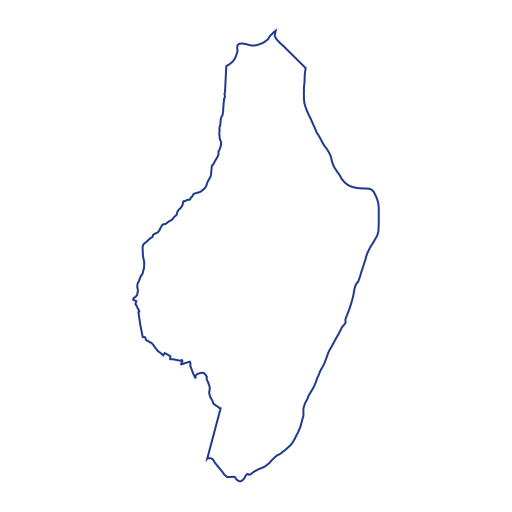 San Eduardo, Boyacá, Colombia (Equal Earth projection)
{"feature_id": "7082276B69252308572734", "entity_name": "San Eduardo", "entity_type": "district", "adm_level": 2, "iso_a3": "COL", "parent_name": "Colombia", "parent_adm1": "Boyacá", "projection": "equal_earth", "projection_center": [-73.043, 5.237], "detail": "fine", "context": "isolated", "style": "outline", "palette": "blue", "viewbox_px": 512, "rotation_deg": 0, "n_neighbors": 0, "source": "geoboundaries", "source_scale": "gbopen_adm2", "svg_char_len": 6052}
<svg xmlns="http://www.w3.org/2000/svg" viewBox="0 0 512 512"><path d="M345.5,322.8L345.5,319.0L349.4,309.0L351.4,302.8L352.8,297.8L353.7,293.4L354.4,289.1L355.3,286.1L355.9,284.6L356.4,283.8L357.4,282.3L358.2,281.8L358.3,281.3L360.2,276.1L361.2,272.4L363.6,265.2L364.3,262.8L365.6,259.1L365.7,258.1L366.3,256.1L367.3,253.2L369.7,248.3L371.0,245.9L373.1,242.7L376.6,236.7L377.6,234.4L378.2,232.1L378.4,231.2L378.5,230.0L378.8,221.2L378.7,215.9L378.8,214.4L378.7,210.9L378.8,209.5L378.7,207.0L378.3,203.8L377.8,201.4L376.7,198.1L375.7,195.7L373.8,192.0L372.6,190.6L371.2,189.5L370.3,189.1L368.3,188.6L359.7,188.3L355.8,187.8L352.0,186.8L349.8,186.0L347.5,184.7L344.9,182.6L343.0,180.5L342.4,179.8L341.2,178.1L340.1,175.9L339.5,175.0L337.2,171.8L334.6,167.8L333.6,166.0L332.6,163.4L331.7,160.4L331.3,158.2L331.0,157.0L330.4,155.4L329.9,154.3L328.7,152.0L327.4,149.9L325.5,147.1L324.6,146.3L322.7,143.0L320.0,137.9L318.0,134.4L317.3,133.6L316.6,132.3L315.5,129.6L315.0,128.6L314.6,127.5L313.3,124.8L312.9,123.6L312.4,122.7L311.4,120.3L309.9,117.1L309.0,115.5L307.1,111.2L306.7,110.2L305.6,107.2L304.9,104.9L304.5,103.7L304.2,101.4L304.0,99.5L303.9,95.0L303.8,94.2L304.0,90.9L303.9,88.7L303.9,87.2L304.3,84.4L304.5,81.4L304.6,80.1L304.7,76.7L304.8,74.2L305.5,68.9L305.7,68.1L285.2,47.8L284.1,46.5L283.3,46.0L279.3,42.3L278.8,41.7L277.1,39.9L275.8,38.0L274.7,35.8L275.7,30.7L275.1,31.2L273.6,32.3L271.8,34.2L270.1,35.7L268.0,39.2L265.4,41.3L263.4,42.7L260.7,43.8L256.8,45.1L252.9,45.7L249.1,45.0L245.8,44.0L242.0,43.5L239.3,43.7L237.5,45.3L237.2,47.6L237.5,51.4L235.8,56.6L234.2,59.6L232.5,61.8L229.1,64.5L226.3,66.1L225.0,92.1L224.6,93.4L224.5,94.2L224.9,95.7L224.9,96.8L224.7,98.0L224.1,98.5L224.0,100.8L223.6,103.1L223.6,104.3L223.2,108.5L223.2,110.2L223.1,112.1L222.8,113.1L222.7,114.3L222.4,115.4L221.7,116.4L220.7,119.2L220.6,121.1L220.5,122.8L220.1,125.9L219.5,127.1L219.4,128.4L219.6,129.5L219.5,131.3L219.3,133.2L219.3,134.9L219.6,135.6L219.6,137.4L219.9,139.0L220.2,140.1L221.2,142.2L221.0,143.5L220.9,145.3L220.2,147.8L219.5,149.8L219.0,150.6L218.5,151.2L218.4,152.3L218.6,154.1L217.9,155.9L216.9,158.0L216.1,159.2L214.4,162.1L213.3,164.4L212.0,165.5L211.7,166.5L211.6,168.5L211.3,171.2L211.1,174.2L210.6,176.5L207.7,181.6L206.3,185.8L205.1,187.9L201.4,191.1L199.8,192.1L196.0,193.1L194.2,193.7L193.2,194.5L192.6,195.6L192.4,196.4L190.7,197.7L190.4,198.9L189.7,199.7L189.2,199.8L187.3,199.8L185.7,200.8L184.2,201.3L183.7,201.2L183.3,201.5L183.1,202.4L182.9,203.6L182.5,204.9L181.9,206.2L181.1,207.4L180.1,208.6L179.0,209.5L178.2,210.5L177.5,211.6L176.9,213.3L176.8,214.3L176.4,215.1L175.8,215.7L174.8,216.4L173.6,217.6L172.2,219.5L171.3,220.2L169.6,221.0L168.4,221.8L165.8,223.8L164.6,224.2L163.6,224.2L162.7,224.6L162.0,225.3L161.1,226.9L159.4,230.3L158.6,231.5L157.6,232.5L154.6,233.8L153.8,234.3L153.1,234.9L152.4,237.1L152.0,237.4L151.0,237.8L150.0,238.5L147.4,240.9L146.0,242.3L144.3,243.4L143.2,244.9L142.6,246.5L142.7,251.4L142.9,252.7L142.8,254.1L143.2,257.4L143.6,258.9L143.7,260.1L144.1,261.4L144.2,263.9L144.1,267.2L143.8,268.8L143.3,270.6L142.8,272.9L142.1,274.5L141.4,275.6L140.8,275.9L140.1,278.1L139.7,278.6L139.6,279.5L138.9,281.1L137.8,283.1L137.6,283.8L137.3,285.3L137.3,287.3L137.8,289.5L137.9,290.9L137.8,291.7L137.4,292.8L137.3,294.4L137.0,295.4L135.9,296.3L135.2,297.2L133.9,297.8L133.4,298.5L133.2,299.8L136.4,301.2L135.4,304.0L136.5,305.7L139.2,311.2L139.3,311.5L138.7,312.2L138.4,312.3L140.3,324.9L142.7,337.0L142.9,337.1L144.8,337.1L145.0,337.2L145.9,339.3L146.0,339.9L146.2,340.3L146.7,340.4L147.1,340.7L147.5,340.9L148.1,341.0L148.6,341.3L150.0,342.4L151.2,342.7L151.7,343.2L152.0,343.4L152.6,344.2L153.6,345.2L154.3,346.4L156.2,349.0L156.7,349.5L158.0,351.2L160.4,352.9L161.1,353.6L162.0,354.2L163.2,355.4L164.6,353.1L167.7,354.6L170.4,356.4L170.1,358.4L170.0,358.9L170.2,359.1L171.5,359.3L172.3,359.2L172.8,359.3L174.0,359.3L175.2,359.8L177.4,360.1L178.0,360.3L180.2,360.7L180.8,360.4L181.2,360.3L182.0,360.1L182.3,360.5L182.3,361.0L181.9,362.1L181.7,362.5L181.6,362.9L181.2,363.9L181.1,364.3L181.3,364.4L182.9,364.0L183.4,363.6L189.8,361.7L190.2,362.6L190.5,364.0L190.3,365.2L190.3,365.9L190.5,366.7L190.8,367.2L193.0,373.1L195.5,378.4L195.6,376.0L195.7,375.5L197.0,374.2L197.7,373.7L198.9,373.6L199.8,373.2L201.2,372.8L202.1,372.9L203.2,372.8L204.0,373.2L204.9,374.0L206.0,375.5L206.9,376.9L206.7,377.4L206.6,378.0L206.6,378.6L206.7,379.3L207.3,380.6L208.1,382.3L209.6,386.7L209.8,387.8L209.7,389.0L209.5,390.1L209.5,391.1L209.2,391.9L209.2,393.3L210.0,396.0L210.0,396.4L210.3,397.2L210.8,398.1L212.1,400.1L212.6,401.3L213.4,403.7L213.8,404.1L214.9,404.6L215.2,405.0L215.8,405.5L217.2,406.3L218.2,407.1L218.5,407.2L219.4,408.0L219.8,408.1L220.2,408.4L220.6,408.4L207.2,458.8L207.5,458.5L207.8,458.4L209.6,458.2L210.3,458.3L211.5,458.5L212.2,458.9L212.7,459.3L213.5,460.2L214.1,461.4L214.8,462.6L222.4,471.9L223.9,474.1L225.3,475.5L226.8,476.7L227.3,477.0L228.0,477.1L228.3,477.1L232.4,476.8L234.5,476.9L234.8,477.0L235.3,477.5L236.3,479.3L237.5,480.3L238.8,481.0L239.8,481.3L240.3,481.3L241.8,480.7L242.8,479.9L244.5,478.0L245.4,476.2L245.9,475.4L246.5,474.7L247.5,473.9L248.3,474.2L248.8,474.7L249.0,474.7L249.6,474.7L250.6,474.3L251.9,473.3L252.6,472.7L254.5,471.4L258.8,469.1L263.0,467.4L264.2,466.9L264.9,466.5L265.6,465.9L266.7,465.2L269.2,463.2L270.3,462.0L271.1,460.9L274.8,457.3L277.1,455.4L277.5,455.1L279.0,454.5L281.0,453.3L281.7,452.8L282.4,452.1L285.8,449.5L286.7,448.7L290.6,445.1L292.3,443.0L292.9,442.0L293.3,441.2L294.1,440.0L295.0,438.3L296.5,435.1L297.5,433.5L297.8,432.8L298.5,431.5L299.0,430.0L299.2,429.7L300.6,426.1L302.4,419.3L303.4,416.0L303.5,414.2L303.3,410.7L303.5,408.2L303.6,407.7L304.2,405.8L305.2,403.0L307.6,398.5L308.4,396.2L309.0,395.0L310.9,391.8L312.6,389.1L314.5,385.4L316.1,381.5L317.1,378.4L318.5,375.4L319.9,371.8L320.8,369.9L321.4,368.8L322.4,367.2L323.1,366.0L324.4,363.3L325.2,361.3L327.7,354.3L328.4,352.4L329.4,350.4L332.2,345.5L334.9,340.4L338.5,334.1L341.0,329.3L341.8,327.4L344.0,324.9L345.0,323.5L345.5,322.8Z" fill="none" stroke="#1e3a8a" stroke-width="2"/></svg>